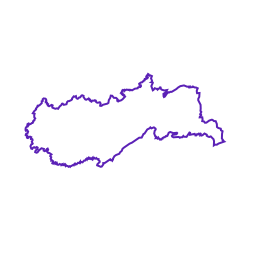 outline of Lampung Tengah, Lampung, Indonesia, rotated 214°
{"feature_id": "22746128B57273633041967", "entity_name": "Lampung Tengah", "entity_type": "district", "adm_level": 2, "iso_a3": "IDN", "parent_name": "Indonesia", "parent_adm1": "Lampung", "projection": "equal_earth", "projection_center": [105.295, -4.874], "detail": "fine", "context": "isolated", "style": "outline", "palette": "violet", "viewbox_px": 256, "rotation_deg": 214, "n_neighbors": 0, "source": "geoboundaries", "source_scale": "gbopen_adm2", "svg_char_len": 5871}
<svg xmlns="http://www.w3.org/2000/svg" viewBox="0 0 256 256"><g transform="rotate(214 128 128)"><path d="M147.6,160.8L148.7,160.2L148.8,159.8L150.6,159.1L151.4,157.6L151.7,157.7L151.8,156.7L152.6,157.2L152.8,156.6L153.6,156.6L153.8,155.9L153.4,155.1L153.4,153.2L152.0,153.6L152.2,152.7L150.8,152.4L149.9,153.2L149.3,153.1L149.3,152.4L148.0,152.3L148.6,148.6L149.4,146.7L150.2,146.0L151.0,144.5L151.5,144.6L151.6,145.5L152.2,145.7L152.5,145.1L153.2,146.1L154.8,146.3L156.6,145.1L159.1,145.9L160.4,145.2L159.6,143.1L159.5,140.4L158.3,137.9L158.7,136.7L161.8,133.2L162.1,132.1L162.7,131.2L163.6,130.9L164.5,133.1L165.8,133.6L167.2,132.0L168.0,131.7L168.9,131.7L170.0,132.7L171.0,132.5L171.2,131.7L172.5,131.1L173.0,130.3L173.0,129.4L174.4,129.3L175.0,130.3L175.8,130.4L175.5,130.1L175.7,129.7L177.5,129.7L178.5,128.0L179.5,127.8L182.2,128.8L182.8,129.8L184.3,129.5L184.7,128.9L184.8,126.7L185.6,125.9L185.8,124.5L186.3,123.9L187.6,124.0L189.0,125.3L189.7,124.1L190.7,123.9L190.9,121.2L190.4,120.4L190.7,119.3L191.9,117.3L192.7,116.8L193.0,115.5L192.3,113.3L194.2,111.3L195.8,111.7L196.3,111.2L196.1,109.7L196.7,107.7L196.7,104.8L197.9,104.6L199.0,103.3L202.0,102.6L202.7,103.1L203.1,104.6L204.2,104.5L205.6,101.9L207.1,101.8L207.6,103.1L208.7,102.7L209.2,103.7L209.8,103.9L210.6,103.3L211.2,104.2L211.2,105.3L212.0,106.0L213.0,106.1L214.5,105.3L214.8,104.1L213.8,102.8L214.5,101.9L213.4,100.4L214.1,97.2L215.4,96.0L215.2,95.1L214.8,95.6L215.2,92.6L214.6,92.0L215.2,89.3L215.1,87.0L213.4,87.6L212.8,86.0L211.6,84.4L210.3,84.1L210.3,82.4L209.9,82.0L210.5,80.5L210.0,80.1L209.9,78.8L210.5,78.4L210.8,77.2L211.8,75.7L212.9,76.2L213.5,75.1L213.1,74.2L212.0,74.2L212.0,73.0L212.8,72.4L212.8,70.7L211.8,69.0L211.0,68.6L210.5,69.9L208.8,69.2L208.4,67.7L209.2,66.2L208.9,64.9L208.2,64.8L207.3,65.4L206.5,63.6L205.8,63.4L205.3,63.7L205.3,65.0L204.3,66.1L203.1,66.3L202.8,65.0L202.4,64.6L201.9,65.2L201.0,65.2L200.3,64.6L200.1,62.8L198.3,61.8L198.3,61.2L199.0,60.4L198.7,58.4L196.7,56.8L195.7,57.1L195.7,58.5L195.1,59.6L193.9,59.6L193.0,61.2L191.9,61.2L191.2,59.8L191.8,58.7L191.9,57.1L191.5,56.1L190.1,56.3L189.4,57.2L189.3,59.7L188.4,62.8L186.0,63.6L185.3,62.1L184.1,62.2L183.6,63.0L183.5,65.2L183.1,66.0L182.1,65.4L181.7,63.1L180.4,62.7L179.1,63.3L176.7,63.3L177.0,62.0L176.8,61.2L175.3,60.9L174.9,59.2L174.0,59.0L173.4,58.0L172.7,58.7L171.6,58.6L171.0,56.4L170.5,56.5L170.3,57.6L169.7,57.3L169.6,58.1L169.1,59.0L168.4,58.8L168.6,57.9L168.3,57.7L168.1,58.4L167.8,58.0L167.3,58.1L167.2,59.0L166.1,58.1L165.1,58.6L164.5,60.0L163.4,59.9L162.2,61.4L162.0,60.7L161.6,61.4L160.9,61.0L160.4,61.6L160.1,62.9L159.5,62.8L159.8,61.6L159.6,62.0L158.4,61.5L158.3,62.0L156.8,62.8L155.6,62.6L155.1,63.6L154.3,63.5L154.3,64.2L153.7,64.8L153.1,66.3L152.1,66.7L152.4,67.5L152.1,68.8L151.3,68.4L151.2,69.0L150.3,69.2L150.0,71.2L148.9,71.6L148.9,72.4L148.6,72.3L148.7,73.4L148.0,72.8L147.9,73.7L146.5,74.1L146.2,76.4L145.4,76.9L145.4,78.6L144.7,78.7L144.8,79.4L144.3,79.1L144.4,80.2L144.0,80.3L144.0,80.9L143.3,80.4L142.9,80.7L143.2,81.0L143.0,81.9L141.5,81.6L141.1,82.8L140.8,81.9L139.8,81.9L140.0,82.5L139.4,83.2L139.9,83.6L139.6,84.4L137.7,84.5L137.4,85.2L137.1,84.9L135.1,85.7L134.9,85.0L133.2,84.8L132.5,84.1L133.1,80.7L132.7,79.8L128.9,80.6L128.2,81.4L128.1,84.2L128.9,85.0L127.6,86.2L125.3,92.0L124.6,91.6L123.7,91.8L123.5,92.6L122.9,92.4L123.1,93.0L122.8,93.4L123.3,94.4L123.5,97.0L122.8,98.9L120.8,101.8L121.0,103.3L120.4,105.6L120.9,107.6L120.5,109.2L117.9,115.9L116.5,118.1L113.3,126.2L111.3,127.7L111.8,131.8L111.2,132.5L111.2,137.6L109.9,139.9L109.8,141.0L108.4,140.8L106.9,143.0L104.8,142.9L104.2,142.2L104.3,140.6L103.2,138.1L100.8,136.4L99.7,136.6L99.4,135.1L98.6,135.9L97.8,135.7L97.6,136.5L97.2,135.9L96.1,136.8L94.9,136.3L94.7,136.9L93.8,137.2L93.8,138.6L93.4,138.8L93.6,139.3L93.0,140.5L92.4,140.8L92.1,142.4L91.5,142.6L91.0,143.4L91.3,144.0L91.1,144.6L91.6,146.8L90.8,148.3L87.6,149.1L84.8,151.4L84.4,151.3L84.3,149.9L87.1,147.3L87.2,146.0L86.6,145.6L85.1,145.7L80.9,149.0L79.6,148.9L79.0,149.9L77.9,150.6L77.7,152.3L76.9,152.0L74.5,153.4L74.5,158.6L74.1,158.7L74.0,157.8L73.3,158.0L72.7,157.1L69.8,160.1L69.6,159.8L68.7,160.3L68.1,159.8L67.8,160.6L67.3,160.3L66.9,161.7L66.4,161.8L66.3,162.7L65.4,162.7L65.2,163.3L65.0,163.2L65.0,163.8L64.6,163.9L64.1,162.7L63.9,163.1L63.0,162.7L62.2,163.7L61.5,166.2L59.0,166.5L58.4,165.6L56.6,165.7L55.6,166.0L54.7,167.3L50.8,166.5L49.3,165.2L47.1,161.6L46.6,162.8L45.0,163.9L44.2,165.8L40.6,170.6L42.5,170.7L42.5,171.1L44.3,171.8L46.8,175.8L47.8,178.2L49.6,178.1L50.7,179.3L53.1,178.5L54.8,178.6L56.6,181.0L59.1,182.7L60.6,181.8L62.5,182.0L63.3,181.6L64.8,179.6L66.0,176.3L67.1,175.4L68.7,175.9L70.3,175.2L71.1,177.0L72.4,178.4L74.5,176.9L74.8,177.6L74.5,179.6L74.9,180.0L75.9,179.9L76.2,182.3L77.5,182.7L78.5,184.6L80.8,187.8L85.3,190.3L86.1,191.6L86.3,193.6L88.3,197.0L90.2,195.5L91.2,196.5L92.0,197.7L92.4,199.9L94.2,199.6L95.6,198.8L97.2,198.7L97.1,198.3L100.0,195.7L100.3,195.8L100.3,196.7L102.1,195.3L105.4,194.6L108.0,192.0L109.1,189.6L109.7,187.3L112.0,182.4L113.1,181.7L113.7,180.5L114.4,180.3L115.0,178.3L115.0,174.7L115.5,173.8L115.8,174.0L115.8,177.3L116.2,177.5L117.0,175.2L117.7,176.1L116.2,179.9L116.8,180.3L116.9,181.3L118.9,179.4L121.7,178.6L123.3,179.1L123.6,179.8L124.1,179.7L124.1,178.7L124.9,176.5L125.4,177.0L126.1,176.4L128.1,175.9L128.2,173.7L128.5,173.1L132.1,175.8L132.7,179.4L133.2,179.6L134.2,179.1L134.0,179.6L134.5,180.6L136.7,182.1L137.2,184.4L139.0,184.1L139.4,183.5L140.4,183.7L140.7,183.2L141.0,184.0L141.6,184.0L141.5,182.8L141.8,181.9L141.4,181.4L141.5,180.4L140.9,180.0L139.8,180.8L139.7,180.1L140.7,178.4L141.5,178.0L140.9,176.8L141.5,176.2L141.3,175.3L141.8,174.8L141.9,173.7L142.7,173.0L143.5,171.0L142.6,170.1L141.2,170.6L140.6,169.8L140.7,168.8L141.9,168.0L142.4,167.1L142.2,166.3L144.3,164.4L145.7,161.5L146.9,161.2L147.3,160.5L147.6,160.8Z" fill="none" stroke="#5b21b6" stroke-width="2"/></g></svg>